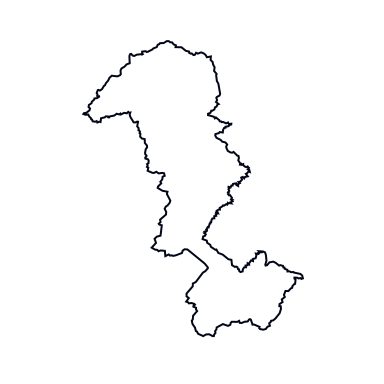 Nong Ya Plong, Phetchaburi, Thailand, rotated 254°
{"feature_id": "78962969B63755110473004", "entity_name": "Nong Ya Plong", "entity_type": "district", "adm_level": 2, "iso_a3": "THA", "parent_name": "Thailand", "parent_adm1": "Phetchaburi", "projection": "natural_earth1", "projection_center": [99.458, 13.138], "detail": "fine", "context": "isolated", "style": "outline", "palette": "ink", "viewbox_px": 384, "rotation_deg": 254, "n_neighbors": 0, "source": "geoboundaries", "source_scale": "gbopen_adm2", "svg_char_len": 6067}
<svg xmlns="http://www.w3.org/2000/svg" viewBox="0 0 384 384"><g transform="rotate(254 192 192)"><path d="M88.2,156.2L87.1,157.8L85.8,158.3L85.4,160.9L83.8,163.4L82.9,163.8L82.4,162.3L81.4,161.7L79.6,164.0L78.0,163.5L76.1,164.1L72.8,159.0L69.3,157.6L68.3,156.3L65.0,156.1L60.8,157.5L57.3,157.4L56.5,158.3L54.0,158.8L50.4,163.1L51.2,166.3L50.5,169.3L47.7,172.2L47.5,173.3L49.0,174.1L50.0,175.7L51.8,175.8L53.2,177.6L55.0,178.4L56.5,185.3L53.4,189.7L53.8,192.2L55.5,193.1L56.3,194.5L54.7,199.6L55.1,201.8L53.1,201.8L52.4,203.7L52.8,206.6L52.2,209.9L53.7,211.7L53.8,212.7L53.0,213.4L47.8,213.6L47.6,215.0L43.7,219.8L42.5,219.1L41.5,219.6L40.0,222.6L40.0,225.2L41.7,227.5L41.9,230.0L44.5,230.0L45.6,232.1L46.4,232.5L46.2,234.6L47.4,237.3L51.3,242.8L55.1,245.3L57.7,245.8L58.2,244.5L60.2,245.3L61.2,248.7L64.0,248.7L65.5,252.3L67.7,252.0L71.1,254.6L70.2,257.3L72.1,260.5L72.3,261.9L73.7,262.5L75.2,264.7L75.3,265.8L79.3,267.4L80.5,266.6L81.5,266.9L80.6,269.5L79.6,270.5L79.3,272.7L78.3,273.2L78.4,274.8L81.3,274.9L83.3,273.7L86.5,267.7L87.1,267.5L87.6,265.2L89.0,263.6L89.3,261.9L90.9,262.2L92.7,259.9L93.9,260.1L94.4,259.0L95.9,259.1L97.4,256.6L97.2,255.5L100.9,252.9L102.7,250.8L103.0,247.0L101.0,244.1L101.0,242.5L101.8,242.4L105.6,244.7L111.3,245.7L113.9,245.5L115.2,243.9L116.5,240.4L115.1,241.4L115.6,239.1L115.2,238.6L114.6,239.5L114.1,238.8L115.2,236.4L113.5,236.5L110.8,234.9L110.8,232.0L108.8,231.6L110.0,230.0L107.8,227.3L106.7,227.0L108.1,225.8L106.3,225.2L106.5,223.2L104.8,223.1L105.2,221.4L103.7,219.6L101.7,218.8L101.7,216.5L103.1,215.6L104.8,215.8L105.2,215.0L107.3,214.9L108.1,214.0L108.2,212.5L110.7,210.3L115.9,211.2L117.4,208.4L123.3,204.3L126.2,200.5L130.0,199.6L130.0,198.5L134.2,195.0L136.1,195.0L139.0,192.6L141.2,192.8L143.8,189.2L146.2,190.5L146.2,192.2L147.5,193.6L149.2,192.4L149.5,193.6L150.4,193.2L150.5,195.6L151.3,196.0L152.0,195.4L154.0,197.5L153.4,198.2L156.8,200.3L156.7,201.0L157.8,201.4L157.7,202.1L159.9,203.2L160.9,204.3L160.5,206.2L162.6,206.7L162.4,208.7L164.2,208.7L164.2,209.7L165.1,209.6L164.3,211.2L165.7,211.0L166.0,209.9L167.1,210.4L167.8,212.8L167.4,214.0L169.1,214.3L169.7,216.9L170.6,218.2L170.0,218.9L170.9,221.6L170.2,222.3L171.6,223.4L170.9,223.8L171.0,225.0L170.3,226.5L171.4,226.0L171.8,228.4L173.5,227.6L173.5,228.7L174.5,227.9L175.4,228.8L178.5,227.7L178.6,226.7L180.1,226.0L180.9,227.1L181.8,226.5L182.8,228.1L184.4,227.8L185.3,229.0L186.1,228.3L186.9,228.6L185.8,230.4L187.4,231.7L187.0,232.8L188.5,233.7L188.2,236.7L186.7,236.5L185.1,238.0L187.0,238.5L187.3,240.3L188.8,239.5L188.7,241.3L190.1,243.5L192.3,243.3L192.5,245.0L190.7,245.9L191.8,247.0L191.7,249.9L194.6,248.8L194.9,250.3L196.3,252.1L195.4,253.1L197.3,253.2L198.4,251.9L199.4,253.4L201.2,252.5L200.8,251.4L201.7,250.0L203.7,248.6L204.7,248.9L204.5,246.9L205.5,247.0L205.4,245.8L206.2,246.2L209.7,245.2L211.8,246.5L213.9,246.6L214.4,245.6L219.1,243.0L218.7,241.7L219.3,240.0L221.7,237.7L225.1,237.2L226.5,237.5L227.9,238.9L229.2,238.4L230.6,237.6L232.0,235.0L234.2,233.9L237.3,230.5L239.8,229.9L241.2,230.5L241.2,234.0L242.0,235.1L240.7,238.0L243.0,238.9L244.7,240.5L244.6,242.0L245.5,242.2L245.2,245.1L246.2,247.3L246.1,248.3L246.8,248.6L247.2,246.1L248.9,245.8L248.6,243.7L250.7,241.3L250.9,239.9L251.7,239.6L252.3,238.1L253.4,238.1L257.1,235.5L256.5,234.3L258.3,233.8L261.5,228.6L262.8,229.0L263.0,231.5L264.8,232.9L264.5,233.8L265.2,236.3L267.1,237.5L267.3,239.1L269.1,240.6L269.2,241.8L271.9,239.9L273.3,241.4L275.9,241.4L276.5,242.1L277.1,245.0L278.5,246.1L288.9,247.2L291.8,246.5L297.6,247.4L298.7,248.2L302.3,246.6L305.6,248.1L309.0,247.4L311.1,247.7L313.9,246.3L317.1,247.5L317.4,243.5L319.9,242.9L322.0,241.5L323.7,239.3L323.4,235.8L324.7,234.3L323.1,232.5L323.2,231.2L325.3,229.9L325.4,228.8L326.6,227.6L327.8,227.9L329.5,224.9L334.0,221.8L335.8,216.1L337.4,217.0L339.0,215.0L341.3,214.1L342.0,212.2L343.4,211.3L344.0,209.3L343.0,205.9L343.9,202.3L343.1,201.2L343.0,199.7L341.0,198.0L340.7,194.5L339.9,193.0L339.0,188.4L339.1,187.0L340.1,186.3L340.7,182.8L339.2,182.3L338.1,182.7L337.9,181.8L338.6,180.5L339.2,176.9L338.7,173.9L339.5,172.6L341.5,171.6L341.6,170.6L340.0,169.3L332.9,167.6L332.7,164.3L331.1,161.7L330.2,158.3L328.5,156.8L324.8,156.0L324.1,155.0L323.7,152.2L325.9,146.9L324.4,144.0L322.2,142.1L320.3,139.2L318.6,137.8L318.2,136.5L315.7,133.9L314.9,131.4L315.9,130.3L315.9,129.5L313.3,127.6L311.9,128.1L310.4,127.3L309.7,127.7L309.7,129.0L309.2,129.0L308.4,126.7L308.8,124.0L307.8,123.4L306.3,120.5L305.0,119.9L304.1,116.9L302.2,116.0L300.4,117.0L298.7,115.9L297.2,112.0L297.6,110.0L296.9,109.1L295.5,111.1L295.1,113.6L292.7,114.1L290.9,115.2L289.7,115.1L289.2,115.9L287.3,116.0L286.2,118.5L286.4,119.9L284.9,120.1L285.1,122.4L284.5,123.4L288.0,124.9L287.8,128.7L288.5,130.0L287.7,132.2L287.0,132.0L286.5,132.7L287.3,134.3L286.9,138.4L288.0,141.1L286.6,143.5L287.1,144.8L286.1,145.0L286.8,148.6L285.6,151.1L286.6,152.8L285.3,153.7L285.3,154.5L283.9,153.5L281.3,153.4L275.1,155.1L274.5,156.5L274.8,158.7L274.4,159.5L270.2,157.4L268.1,158.3L266.1,157.6L265.8,158.2L264.1,158.6L263.1,157.8L262.2,158.4L259.5,157.4L257.2,158.6L255.9,161.1L252.1,160.2L249.1,161.5L247.2,161.1L246.0,159.4L242.7,157.7L241.0,157.5L239.7,158.3L238.6,157.9L238.1,156.6L237.0,156.4L235.5,158.7L234.2,159.0L231.7,158.1L231.2,156.5L229.8,156.7L228.5,155.6L227.5,156.7L224.6,155.2L221.3,159.3L220.8,160.7L221.3,163.3L219.1,165.0L218.5,168.9L217.7,170.3L215.1,170.2L214.8,168.0L212.3,166.9L210.5,164.4L208.8,164.8L206.6,160.8L205.4,160.1L201.3,164.0L199.0,168.5L197.0,167.3L189.7,168.8L187.7,167.5L185.7,164.6L185.2,162.8L183.4,161.1L179.9,161.7L177.5,160.8L174.2,153.7L171.8,153.5L170.6,151.3L169.6,151.7L168.3,153.8L158.7,149.7L158.8,145.9L157.3,143.1L153.0,143.4L149.6,137.9L146.8,140.6L145.9,142.7L144.3,143.5L144.4,145.9L142.9,149.7L137.7,148.7L138.4,152.4L136.9,153.4L136.7,155.1L135.8,156.2L135.6,159.0L136.1,165.5L138.2,166.9L139.0,169.0L138.0,171.8L119.7,184.5L115.2,186.4L114.4,186.3L112.3,183.1L111.5,180.3L104.4,170.8L103.8,167.6L101.1,166.7L95.9,158.8L93.2,158.0L90.9,159.7L88.2,156.2Z" fill="none" stroke="#020617" stroke-width="2"/></g></svg>